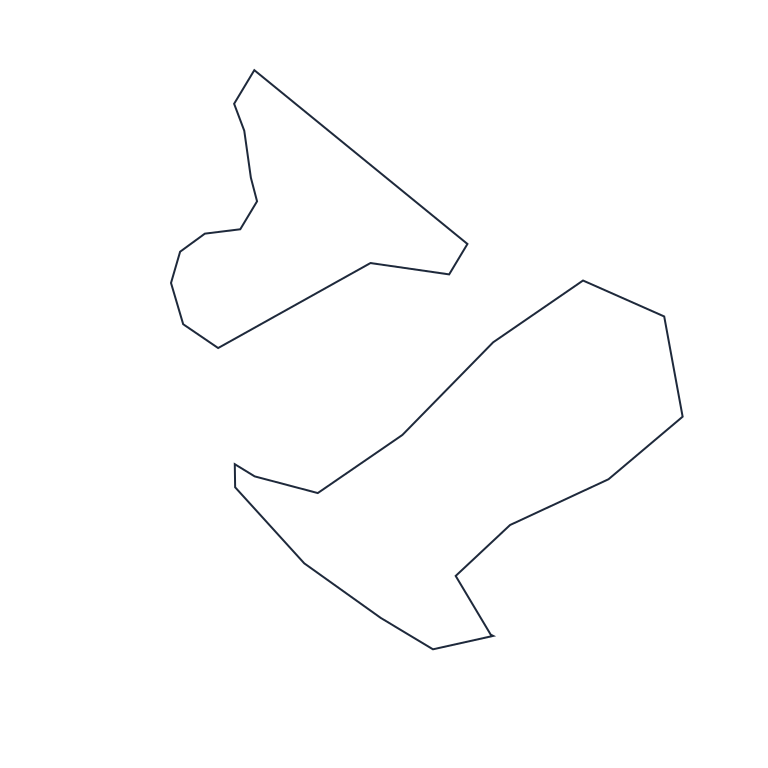 Portsmouth, Mercator projection, rotated 211°
{"feature_id": "GBR-2759", "entity_name": "Portsmouth", "entity_type": "Unitary Authority", "adm_level": 1, "iso_a3": "GBR", "parent_name": "United Kingdom", "parent_adm1": "", "projection": "mercator", "projection_center": [-1.012, 50.819], "detail": "fine", "context": "isolated", "style": "outline", "palette": "slate", "viewbox_px": 768, "rotation_deg": 211, "n_neighbors": 0, "source": "natural_earth", "source_scale": "10m", "svg_char_len": 563}
<svg xmlns="http://www.w3.org/2000/svg" viewBox="0 0 768 768"><g transform="rotate(211 384 384)"><path d="M470.6,238.4L447.3,238.2L384.6,256.4L342.0,349.8L311.9,476.0L266.7,575.2L178.6,586.2L111.2,509.8L142.5,418.0L203.3,328.1L223.7,256.4L163.4,224.1L160.7,224.3L205.4,181.8L266.3,181.8L360.0,189.2L458.4,218.8L470.6,238.4ZM586.9,442.6L586.9,475.2L604.4,492.3L634.2,529.1L656.8,547.0L656.8,586.2L384.6,547.0L384.6,511.5L457.9,480.7L544.7,329.4L586.9,331.8L618.6,360.9L626.9,392.4L615.0,420.6L586.9,442.6Z" fill="none" stroke="#1e293b" stroke-width="2"/></g></svg>